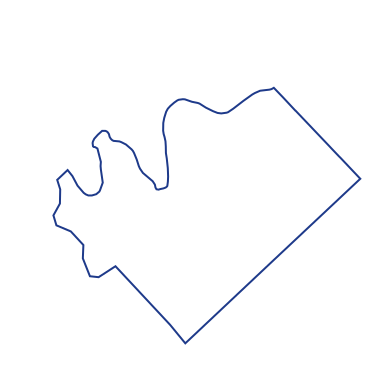 Pemiscot, Missouri, United States of America (Mercator projection), rotated 227°
{"feature_id": "52423323B55965688418648", "entity_name": "Pemiscot", "entity_type": "district", "adm_level": 2, "iso_a3": "USA", "parent_name": "United States of America", "parent_adm1": "Missouri", "projection": "mercator", "projection_center": [-89.66, 36.213], "detail": "fine", "context": "isolated", "style": "outline", "palette": "blue", "viewbox_px": 384, "rotation_deg": 227, "n_neighbors": 0, "source": "geoboundaries", "source_scale": "gbopen_adm2", "svg_char_len": 1553}
<svg xmlns="http://www.w3.org/2000/svg" viewBox="0 0 384 384"><g transform="rotate(227 192 192)"><path d="M85.9,83.9L86.5,206.0L86.9,324.1L115.7,323.9L115.8,323.9L118.1,323.8L128.5,323.7L128.8,323.7L129.0,323.7L131.8,323.7L180.9,323.2L181.0,323.1L197.1,323.1L199.4,323.1L212.4,322.9L213.0,320.4L214.0,318.5L219.6,310.9L221.5,305.5L222.2,302.5L223.6,291.7L224.8,279.0L225.8,272.7L226.4,271.4L229.5,267.0L232.4,264.6L236.8,262.5L244.2,259.7L251.5,257.8L253.1,257.0L258.0,253.5L264.6,250.0L266.1,248.6L268.5,245.2L269.0,243.7L269.5,240.0L269.7,234.8L269.4,231.1L268.3,227.8L265.1,222.2L262.1,218.1L256.5,212.7L253.7,210.8L250.9,209.4L247.2,207.2L243.3,204.0L238.3,199.5L233.7,196.4L226.0,190.6L223.2,188.2L219.5,185.0L216.0,181.4L213.6,178.5L213.2,177.9L213.1,176.9L213.2,175.8L214.1,173.6L215.9,170.6L216.5,169.2L218.2,167.9L220.1,168.3L222.7,169.9L226.7,170.6L239.4,169.1L244.6,169.9L247.3,170.8L253.4,173.7L260.0,176.2L262.3,176.8L264.4,176.9L271.8,176.1L276.7,174.3L278.5,173.4L282.9,169.5L284.3,169.0L286.4,168.9L288.6,169.4L290.9,170.7L293.0,171.1L294.6,170.9L295.8,170.3L298.0,168.0L298.1,162.3L297.6,156.9L296.5,154.0L295.6,152.7L293.0,150.8L292.1,150.8L290.8,151.8L288.3,152.5L276.2,145.9L273.3,142.8L270.6,140.7L259.7,133.1L256.0,125.9L255.5,124.5L255.7,120.5L257.7,116.5L260.2,113.8L262.7,112.7L265.3,112.2L274.7,112.6L285.2,115.4L292.9,116.0L292.8,101.7L283.8,97.4L273.6,87.5L269.4,74.7L260.1,70.1L245.8,76.5L227.3,76.4L217.9,66.9L200.0,59.9L193.4,65.6L189.9,85.4L109.7,85.4L85.9,83.9Z" fill="none" stroke="#1e3a8a" stroke-width="2"/></g></svg>